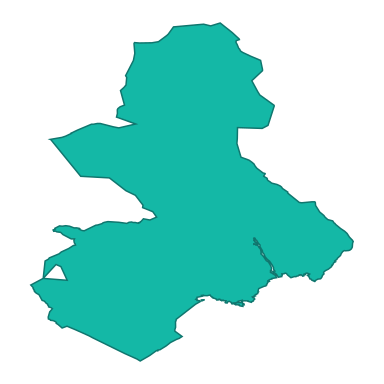 outline of Skien nor, Telemark, Norway
{"feature_id": "86288312B28765776683305", "entity_name": "Skien nor", "entity_type": "district", "adm_level": 2, "iso_a3": "NOR", "parent_name": "Norway", "parent_adm1": "Telemark", "projection": "robinson", "projection_center": [9.524, 59.266], "detail": "fine", "context": "isolated", "style": "filled", "palette": "teal", "viewbox_px": 384, "rotation_deg": 0, "n_neighbors": 0, "source": "geoboundaries", "source_scale": "gbopen_adm2", "svg_char_len": 6010}
<svg xmlns="http://www.w3.org/2000/svg" viewBox="0 0 384 384"><path d="M262.5,70.7L262.5,69.4L260.6,60.4L250.9,56.3L242.8,52.5L240.5,51.0L239.7,49.3L238.7,48.3L237.2,44.6L235.9,42.2L236.3,40.6L239.4,39.6L239.2,39.0L232.6,32.9L220.2,23.0L210.7,25.9L203.6,24.2L173.5,26.9L168.3,34.1L166.8,35.5L158.5,41.7L151.8,42.8L139.4,43.0L134.5,42.6L134.0,43.6L134.8,53.4L133.4,60.5L125.6,75.7L126.7,77.4L126.0,85.0L123.8,87.6L120.5,90.5L124.5,105.1L120.1,106.8L117.9,108.6L117.3,109.8L117.4,113.5L116.5,117.1L135.7,124.0L118.8,127.9L113.2,126.8L100.3,123.5L97.2,123.5L93.6,124.2L91.5,124.2L77.5,130.1L71.2,133.1L71.4,133.4L65.5,136.2L61.9,137.4L50.3,139.4L50.8,139.6L80.7,176.3L109.4,177.9L125.9,190.7L135.4,195.3L143.0,205.2L142.6,207.6L152.8,211.7L156.6,217.1L149.9,220.0L143.4,218.8L141.1,221.4L140.4,221.7L140.2,222.2L139.2,222.5L139.5,222.7L138.3,223.3L135.4,222.5L133.0,222.5L131.6,222.0L129.0,222.3L126.9,223.4L118.9,222.3L107.9,221.6L104.5,222.3L103.0,222.8L102.1,223.6L97.6,225.0L95.8,225.2L84.2,230.8L82.0,230.5L80.2,229.7L79.2,229.1L79.7,228.6L79.4,228.4L76.8,227.9L74.1,227.9L69.5,226.2L65.7,225.7L62.3,226.2L59.5,225.9L54.9,228.3L55.3,229.1L53.1,230.0L53.7,231.3L55.4,231.1L56.9,231.9L60.6,232.3L63.0,234.6L70.6,238.6L71.2,238.9L74.5,238.9L73.9,240.5L74.3,242.8L75.1,243.8L75.5,245.1L73.4,245.5L68.7,248.5L61.2,252.0L59.1,253.8L49.3,257.9L48.5,259.1L45.1,261.0L43.2,278.4L30.8,285.0L32.9,287.3L33.3,288.0L33.1,288.6L34.1,289.9L34.1,290.4L34.7,291.2L34.5,291.5L36.2,293.1L39.0,294.7L42.1,300.4L43.9,300.9L45.0,301.8L46.3,303.4L47.5,304.0L47.7,305.0L48.4,305.5L48.6,306.9L51.2,307.7L52.4,308.7L49.7,311.9L48.2,317.1L48.4,319.0L50.0,319.5L50.5,320.3L53.2,320.6L55.3,321.6L56.4,322.5L56.2,323.3L58.2,324.6L62.1,328.0L67.0,326.2L75.6,329.8L89.2,335.9L92.7,337.8L124.7,353.5L137.1,359.1L140.2,361.0L149.7,355.5L156.5,350.6L157.8,350.9L158.1,350.4L157.8,350.1L158.0,349.9L159.9,349.8L160.7,349.3L166.2,345.9L170.5,342.5L176.5,339.4L179.2,338.4L182.1,336.5L174.9,331.2L174.8,329.8L175.6,327.3L175.5,321.6L176.0,320.9L176.2,319.3L195.6,304.2L200.0,301.7L199.7,300.9L199.3,300.6L197.0,300.5L197.1,299.7L195.8,299.3L196.1,299.0L197.0,299.1L197.0,297.3L202.3,296.2L201.7,295.4L203.4,295.2L203.4,295.6L207.2,295.7L210.1,295.0L211.0,296.4L212.0,296.8L212.1,297.4L213.0,297.6L213.0,298.0L215.9,298.8L216.2,299.4L216.8,299.4L216.8,300.0L218.2,300.0L218.8,299.2L219.7,299.2L219.7,299.6L220.5,299.8L220.5,300.2L221.7,300.2L221.7,300.6L222.9,300.2L222.9,300.6L226.1,300.8L225.2,302.6L225.7,302.9L227.2,303.0L227.8,301.8L229.2,301.3L231.6,302.6L231.4,303.0L231.8,303.8L232.4,303.9L233.9,303.6L233.6,303.0L235.9,302.8L235.9,303.2L234.9,303.6L234.7,304.2L235.6,304.4L235.6,304.8L239.1,304.8L239.1,305.4L240.0,305.9L242.9,306.4L242.9,305.0L244.2,304.8L243.8,303.6L242.6,303.6L242.5,302.9L241.7,302.6L237.1,302.6L237.1,302.2L237.7,302.2L238.0,301.3L242.1,300.3L241.8,301.3L242.3,301.5L242.3,301.1L244.1,300.8L247.9,300.9L247.9,301.3L251.3,302.3L251.6,301.7L252.5,301.5L252.8,301.0L253.4,301.0L254.0,299.4L254.7,299.1L254.4,298.1L252.6,297.4L252.3,296.9L254.0,296.4L253.6,296.3L255.9,294.8L255.6,294.5L257.7,293.6L257.8,292.6L258.4,292.0L258.0,291.9L258.0,291.3L258.7,288.6L264.1,286.3L265.9,285.9L266.2,285.2L266.6,285.1L266.7,284.1L267.3,283.7L267.7,282.3L269.1,281.5L268.1,281.1L268.8,280.6L268.4,280.4L270.1,279.4L271.9,279.0L271.8,278.5L276.5,277.7L275.5,275.4L272.6,273.6L272.0,273.0L271.2,272.9L270.7,272.3L270.8,272.2L270.5,272.2L270.5,270.6L271.3,270.6L271.2,269.7L271.5,268.9L271.4,267.6L270.5,265.4L268.5,262.0L266.3,260.7L263.3,256.3L261.9,254.8L261.7,254.2L261.1,254.1L260.9,253.3L261.1,253.2L261.2,252.5L260.4,248.9L259.0,247.5L258.6,246.4L257.7,245.4L257.2,245.4L256.5,244.9L255.9,245.1L255.3,244.2L253.8,244.4L253.8,243.8L256.0,244.0L257.0,244.5L257.8,244.3L256.8,242.6L255.6,241.9L255.3,242.0L255.6,242.3L255.1,242.2L254.6,241.3L254.8,241.0L253.8,240.4L253.8,240.2L254.5,240.3L254.3,239.5L254.6,239.4L253.7,238.3L253.8,238.1L254.7,238.0L255.3,238.7L255.4,239.7L256.6,240.3L258.2,243.0L260.1,245.1L259.9,246.5L262.4,250.7L262.5,251.9L263.3,253.5L263.9,253.9L265.1,256.8L267.3,259.4L269.5,261.1L272.1,264.9L273.6,267.8L273.5,269.1L274.8,271.0L272.9,271.3L273.0,272.1L274.4,273.0L274.6,272.9L276.5,274.4L278.3,277.2L281.6,276.6L281.4,276.2L281.8,276.1L282.5,274.5L281.9,274.3L281.8,273.9L284.5,273.6L285.1,273.1L286.4,273.5L287.6,275.0L290.9,277.7L294.3,276.6L296.0,276.7L296.3,276.3L298.5,275.8L299.2,274.9L299.9,275.2L299.9,274.8L301.1,274.7L302.7,276.2L303.1,276.1L303.4,276.0L303.1,275.7L303.4,275.1L304.1,275.1L304.1,274.6L305.0,274.6L304.6,274.2L305.2,274.2L305.1,273.9L305.6,273.8L306.0,273.2L307.2,273.1L309.7,274.1L309.2,274.7L308.5,274.7L307.5,275.2L308.3,276.1L308.6,276.1L310.0,279.0L310.9,279.0L311.7,280.1L313.5,280.6L313.2,280.8L314.8,281.5L316.1,280.0L318.0,279.1L320.5,278.8L320.9,278.5L321.9,277.1L322.5,275.4L324.0,273.9L323.5,272.9L324.0,271.8L325.7,270.5L328.5,269.1L331.5,266.7L331.9,265.8L331.8,265.4L332.4,265.3L332.4,264.8L333.0,264.4L333.6,262.9L335.3,261.9L334.7,261.7L334.6,261.1L336.9,259.4L337.4,258.3L340.5,255.5L341.3,253.5L342.7,251.6L344.2,250.6L345.5,250.8L348.8,250.5L349.9,250.1L351.4,248.9L352.3,247.1L352.6,243.2L353.2,241.5L352.4,240.2L349.4,237.1L347.1,233.5L344.6,231.2L340.7,228.6L335.6,224.4L334.9,223.4L334.3,223.2L332.7,220.9L327.8,219.6L325.0,217.1L323.9,215.5L319.7,212.0L315.6,205.5L315.3,202.4L315.1,202.1L314.7,201.8L312.1,201.8L301.6,202.8L299.2,202.4L288.1,193.4L287.7,192.9L287.8,192.1L282.5,188.5L281.5,187.0L280.1,185.9L277.1,184.5L271.6,183.1L269.9,181.7L268.1,180.6L267.2,179.5L267.3,178.9L267.0,178.2L263.7,176.3L263.8,175.8L265.2,173.8L265.0,173.5L262.9,172.9L256.8,168.2L255.0,165.9L254.0,164.0L252.0,162.3L249.1,160.2L241.0,157.2L236.9,143.5L237.3,138.5L237.5,127.6L262.2,128.4L268.0,125.4L274.2,106.1L274.1,105.3L259.8,95.0L257.7,91.6L251.8,80.7L262.5,70.7ZM43.2,278.4L56.0,264.5L60.9,266.6L67.2,280.3L43.2,278.4ZM204.7,299.7L201.3,299.9L201.3,300.3L201.9,300.3L201.6,300.9L201.9,300.9L204.7,299.7Z" fill="#14b8a6" stroke="#0f766e" stroke-width="1.5"/></svg>